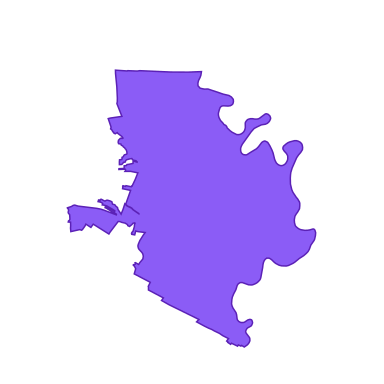 outline of Trifesti, Iasi, Romania, rotated 34°
{"feature_id": "2599482B92567311589859", "entity_name": "Trifesti", "entity_type": "district", "adm_level": 2, "iso_a3": "ROU", "parent_name": "Romania", "parent_adm1": "Iasi", "projection": "mercator", "projection_center": [27.494, 47.452], "detail": "fine", "context": "isolated", "style": "filled", "palette": "violet", "viewbox_px": 384, "rotation_deg": 34, "n_neighbors": 0, "source": "geoboundaries", "source_scale": "gbopen_adm2", "svg_char_len": 6090}
<svg xmlns="http://www.w3.org/2000/svg" viewBox="0 0 384 384"><g transform="rotate(34 192 192)"><path d="M322.0,291.3L323.3,288.0L323.5,287.1L323.6,285.0L323.2,283.0L322.0,281.3L321.0,280.5L316.0,278.8L315.0,278.2L314.4,277.5L314.1,276.6L313.9,274.6L314.1,273.6L315.8,270.3L316.0,269.4L315.6,267.2L315.1,266.2L313.6,265.0L312.9,264.7L311.9,264.9L311.0,265.4L309.8,266.9L308.3,270.6L307.4,271.6L305.4,272.9L303.3,273.2L301.3,272.7L300.2,271.8L297.6,268.8L295.9,267.4L290.9,265.3L289.0,264.1L287.4,262.7L285.2,258.9L284.2,256.5L283.5,253.0L283.0,248.4L281.7,244.1L281.7,242.3L282.5,240.3L284.2,239.0L290.8,237.3L293.3,235.8L294.2,235.0L295.8,232.6L296.5,231.2L296.9,230.0L297.4,227.3L297.3,225.7L296.8,224.2L292.9,215.3L291.5,212.6L290.7,210.6L290.3,208.7L290.3,206.9L290.9,205.1L292.6,203.9L293.5,203.6L295.8,203.6L299.6,204.3L301.4,204.4L305.1,204.0L307.6,203.1L311.6,200.6L313.1,198.9L315.6,194.7L316.5,192.6L318.1,187.2L320.2,182.3L321.1,179.0L321.5,176.5L321.3,173.8L320.2,169.5L320.3,164.3L320.1,162.7L318.7,159.1L317.3,156.6L315.5,155.1L314.5,154.6L313.5,154.7L312.9,155.1L310.7,157.7L309.2,159.1L307.0,160.7L303.7,162.2L302.1,162.7L299.8,162.8L297.5,162.5L296.4,162.1L294.1,160.1L292.4,157.9L290.9,154.6L290.7,151.9L290.8,149.7L290.5,145.8L289.1,143.2L287.6,141.0L286.5,140.1L283.3,138.6L281.4,138.1L275.8,135.8L273.2,134.1L269.2,130.4L265.8,125.6L264.2,122.9L263.0,120.6L261.6,116.1L259.6,105.1L259.6,101.7L260.0,98.5L259.9,95.2L258.8,93.2L257.2,91.5L256.2,90.8L254.9,90.4L253.5,90.2L251.5,90.5L250.0,91.0L248.3,92.1L245.2,95.6L244.0,97.4L243.2,99.4L242.3,102.7L242.4,103.8L242.8,104.8L243.5,105.6L245.5,106.5L248.8,107.3L250.4,108.1L251.2,108.6L252.8,110.9L253.3,112.0L253.6,113.5L253.7,116.0L253.5,116.9L253.0,118.2L252.4,119.2L251.6,120.0L250.6,120.6L249.4,121.0L247.8,121.1L245.8,120.8L243.4,119.5L242.0,118.5L237.4,114.3L234.8,112.5L230.8,110.2L227.5,108.7L226.6,108.5L224.5,108.8L223.7,109.1L222.9,110.1L222.4,111.1L222.1,112.1L221.8,117.3L221.3,120.1L218.4,126.3L216.6,130.5L215.8,131.2L213.9,132.2L212.6,132.3L211.4,132.1L210.0,131.3L208.9,130.1L207.8,128.4L207.3,126.6L207.0,124.3L207.4,109.0L208.0,104.6L209.7,101.4L212.0,97.5L214.9,94.8L216.1,92.9L216.6,90.7L216.6,89.5L216.4,88.3L216.2,87.3L215.6,86.5L214.1,85.4L211.8,85.0L210.2,85.4L209.5,85.9L209.0,86.6L206.8,92.9L206.2,94.1L205.1,95.2L203.4,96.4L201.3,97.3L199.4,98.6L198.4,99.7L197.7,100.7L197.4,101.7L197.3,102.7L197.3,104.2L197.6,105.1L200.2,108.8L200.8,110.3L201.2,111.9L201.2,113.5L200.8,115.1L200.1,116.6L199.5,117.5L198.4,118.5L196.9,119.4L192.0,120.0L189.4,119.9L185.3,119.2L184.1,118.3L182.7,117.9L180.8,118.2L178.9,117.5L175.7,116.8L172.6,115.1L170.9,113.5L169.8,111.9L168.7,108.7L168.1,106.3L168.2,105.3L168.6,104.3L169.0,103.7L170.1,102.8L173.8,100.6L175.5,99.1L176.3,97.6L176.6,96.1L176.2,94.8L175.7,93.7L174.4,92.1L171.6,91.2L168.7,91.3L163.2,93.4L147.6,97.7L144.7,99.8L140.7,101.4L137.6,100.6L136.1,98.6L135.1,96.0L134.7,92.8L134.1,90.3L132.5,86.9L121.9,94.7L107.5,104.3L80.9,120.6L78.9,122.4L70.8,127.4L70.6,127.9L60.4,133.8L62.4,136.6L70.9,146.9L77.6,155.9L79.6,159.0L80.3,160.7L91.6,168.5L82.9,176.4L81.5,178.0L88.3,183.2L88.9,184.0L89.2,185.2L90.6,185.3L92.9,186.4L93.4,186.3L94.0,186.7L94.3,186.6L94.7,186.9L95.9,186.6L96.5,185.0L96.9,184.5L97.6,184.9L102.9,185.2L104.6,185.9L104.1,186.8L103.4,186.9L102.6,187.5L102.1,190.2L102.9,192.0L104.1,193.0L106.3,192.0L107.3,192.8L108.7,192.5L109.9,193.0L111.4,193.0L112.4,193.5L113.4,193.6L115.2,194.8L116.5,196.3L116.7,197.1L115.2,199.0L115.1,199.5L115.2,200.8L115.1,201.7L114.6,202.4L115.2,203.2L115.6,204.3L113.9,205.8L114.9,207.6L116.5,209.9L118.2,208.6L118.5,208.0L118.7,205.6L119.8,204.7L119.9,204.3L119.5,203.2L119.7,201.9L121.6,199.7L123.4,197.9L123.8,198.0L124.4,198.5L125.9,198.3L128.0,197.4L129.7,197.7L129.8,198.0L127.2,198.7L126.0,199.5L127.1,201.3L124.3,204.2L122.7,205.6L122.8,206.7L121.1,208.2L122.6,210.4L118.4,213.5L118.8,214.2L124.0,210.4L124.6,210.8L124.9,211.3L124.9,212.4L129.6,209.2L136.4,206.4L137.9,213.3L139.0,220.7L138.6,220.8L138.7,221.6L133.7,223.7L133.7,224.5L131.3,225.4L131.2,225.6L131.4,226.1L131.8,226.1L132.0,226.3L132.0,226.9L132.6,228.1L140.2,225.0L143.9,239.3L146.6,239.7L148.7,239.2L150.9,239.0L153.5,239.6L160.0,239.6L160.1,239.8L153.0,239.7L150.9,239.2L146.0,239.9L142.9,239.3L144.6,245.2L145.6,250.0L140.3,247.8L138.9,246.5L136.6,246.3L135.6,245.8L134.6,245.9L132.9,246.5L131.0,244.9L129.1,245.2L126.6,246.0L125.7,246.7L125.1,247.9L124.3,248.4L121.0,248.7L120.5,249.0L120.1,249.7L120.5,250.5L119.0,250.9L119.5,252.5L122.1,251.5L124.1,251.4L124.4,251.5L124.8,252.9L126.7,252.0L129.0,251.2L136.2,250.7L138.5,250.7L138.8,251.4L129.9,251.9L128.2,252.3L128.7,253.6L130.1,253.3L137.6,253.1L141.5,252.6L141.8,252.7L142.0,253.3L129.1,256.3L126.0,257.2L122.2,258.8L105.4,267.4L102.1,268.4L101.0,269.5L100.1,271.5L97.5,274.8L97.8,275.1L99.1,275.2L99.3,275.7L100.2,276.6L100.5,277.8L100.9,278.3L101.6,278.8L103.0,279.1L103.4,279.4L106.0,282.8L106.2,283.9L105.9,284.7L105.8,285.2L106.2,286.1L108.2,284.9L110.4,288.0L111.5,289.9L113.7,292.6L119.9,286.0L121.9,285.4L122.2,284.2L122.3,280.9L122.3,280.0L122.0,278.0L128.0,277.9L128.1,273.9L146.6,273.3L146.5,271.3L147.3,257.7L148.9,256.8L150.6,256.5L154.0,255.2L156.8,255.1L157.5,255.8L159.5,255.5L160.4,252.5L160.5,251.0L161.7,249.7L162.2,249.7L162.6,251.3L163.6,253.0L165.0,257.4L164.8,258.9L164.9,259.8L165.1,259.9L165.2,260.4L165.7,260.8L168.5,259.6L167.2,255.8L169.3,255.1L175.8,251.8L175.7,254.9L175.9,261.4L176.7,265.4L177.3,266.9L177.9,267.6L179.0,268.6L180.2,269.2L184.1,270.1L185.6,270.7L187.5,272.4L188.7,275.0L188.2,279.9L188.3,281.9L184.6,282.2L184.4,282.4L184.7,282.6L185.3,283.7L185.0,284.1L184.1,285.0L184.1,285.3L184.4,285.6L185.5,285.6L188.1,287.0L188.6,288.2L189.9,292.2L207.9,290.2L208.5,294.7L209.1,295.2L210.7,297.6L227.5,295.8L227.4,299.0L236.0,298.3L269.0,293.8L268.4,297.1L277.6,296.2L281.9,295.6L285.3,294.9L288.2,294.7L293.6,293.9L297.9,293.9L304.2,293.1L304.1,296.2L305.9,296.3L305.9,296.7L309.2,296.7L309.3,295.3L316.0,294.3L315.9,292.9L318.7,292.4L318.7,291.6L319.0,291.4L322.0,291.3Z" fill="#8b5cf6" stroke="#5b21b6" stroke-width="1.5"/></g></svg>